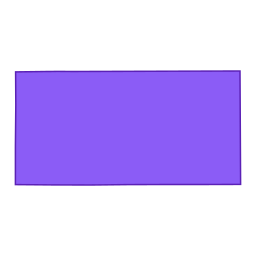 the district of Eau Claire, Wisconsin, United States of America
{"feature_id": "52423323B20706139587208", "entity_name": "Eau Claire", "entity_type": "district", "adm_level": 2, "iso_a3": "USA", "parent_name": "United States of America", "parent_adm1": "Wisconsin", "projection": "orthographic", "projection_center": [-91.42, 44.727], "detail": "fine", "context": "isolated", "style": "filled", "palette": "violet", "viewbox_px": 256, "rotation_deg": 0, "n_neighbors": 0, "source": "geoboundaries", "source_scale": "gbopen_adm2", "svg_char_len": 316}
<svg xmlns="http://www.w3.org/2000/svg" viewBox="0 0 256 256"><path d="M15.6,71.9L15.8,104.8L15.4,146.8L15.4,184.6L52.9,184.9L90.5,185.0L128.0,184.6L165.3,184.5L203.0,184.5L240.6,184.4L240.0,71.0L72.9,71.5L57.5,71.4L50.1,71.5L47.5,71.5L46.8,71.5L15.6,71.9Z" fill="#8b5cf6" stroke="#5b21b6" stroke-width="1.5"/></svg>